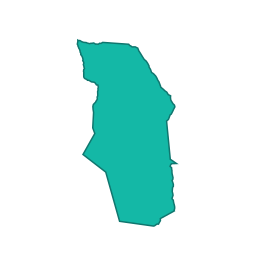 the district of Sina Sina Yonggomugl District, Chimbu, Papua New Guinea, rotated 157°
{"feature_id": "67681753B55512371565991", "entity_name": "Sina Sina Yonggomugl District", "entity_type": "district", "adm_level": 2, "iso_a3": "PNG", "parent_name": "Papua New Guinea", "parent_adm1": "Chimbu", "projection": "equal_earth", "projection_center": [145.006, -6.094], "detail": "fine", "context": "isolated", "style": "filled", "palette": "teal", "viewbox_px": 256, "rotation_deg": 157, "n_neighbors": 0, "source": "geoboundaries", "source_scale": "gbopen_adm2", "svg_char_len": 2080}
<svg xmlns="http://www.w3.org/2000/svg" viewBox="0 0 256 256"><g transform="rotate(157 128 128)"><path d="M172.2,45.4L142.9,27.8L141.8,27.6L139.7,28.1L138.7,28.2L137.5,27.6L135.8,29.0L134.4,30.0L133.6,32.0L117.7,33.6L117.7,34.3L116.7,35.3L115.9,37.0L115.5,38.8L115.3,40.5L115.0,42.1L114.5,43.9L115.0,45.1L115.0,46.0L114.1,47.0L112.8,48.5L112.4,50.2L112.1,52.3L110.8,54.7L110.2,55.9L109.1,56.5L108.3,58.3L108.1,59.9L108.0,61.3L108.0,62.5L107.0,63.0L106.0,64.6L105.7,66.2L105.2,69.0L104.3,71.5L104.2,71.6L104.1,71.9L104.1,72.2L104.0,72.6L103.9,72.9L103.8,73.4L103.6,73.8L103.6,74.1L103.5,74.3L103.4,74.4L103.4,74.5L104.3,76.2L103.3,77.3L102.1,78.0L101.7,78.1L97.3,76.4L101.3,82.7L89.8,119.3L87.4,120.1L85.6,122.0L84.1,123.6L82.7,123.9L80.1,126.1L78.7,127.4L76.6,129.1L76.3,130.9L77.1,132.8L77.7,136.9L77.1,139.2L76.2,141.0L77.9,143.0L78.3,145.9L79.3,147.4L80.4,149.9L81.9,152.8L81.7,153.7L81.5,158.5L81.9,160.2L81.9,162.6L82.2,165.0L83.3,168.0L84.6,169.9L84.4,173.2L84.8,175.7L84.4,177.1L84.6,179.7L85.1,182.4L86.3,184.8L86.8,187.7L87.5,192.5L87.9,194.6L87.8,197.7L89.7,199.9L92.5,201.0L93.2,202.2L94.3,203.5L94.6,204.8L117.9,216.7L119.8,216.4L121.0,217.1L122.7,216.7L123.9,217.5L124.9,217.7L126.3,219.6L127.0,219.9L127.8,219.9L129.1,220.5L130.3,220.6L132.3,222.1L133.1,223.0L135.4,224.2L136.9,225.6L138.0,227.2L139.7,228.1L139.9,228.4L140.4,227.2L141.9,225.0L141.8,223.7L142.1,222.6L142.0,222.1L142.1,220.5L141.9,219.5L142.0,218.0L142.4,216.2L142.2,215.3L142.8,214.0L142.5,212.9L142.3,211.8L142.4,209.8L142.8,208.2L143.4,207.6L143.1,206.5L143.3,205.0L144.3,203.9L144.6,201.4L144.8,201.0L144.9,199.6L145.9,199.1L146.8,197.6L147.1,196.0L147.5,195.4L148.7,192.5L148.8,191.4L148.2,190.0L147.0,188.9L146.7,187.8L145.3,187.1L143.7,184.8L142.4,184.0L141.4,183.5L140.6,182.3L140.2,180.0L139.0,179.4L139.3,177.3L140.3,176.0L140.7,174.6L141.7,173.5L142.8,170.6L143.4,169.3L144.3,168.6L145.0,166.5L147.2,165.0L147.6,164.5L150.7,163.2L151.9,161.6L152.9,158.7L153.6,155.8L160.4,141.9L160.7,135.9L179.8,121.2L165.7,96.1L172.2,45.4Z" fill="#14b8a6" stroke="#0f766e" stroke-width="1.5"/></g></svg>